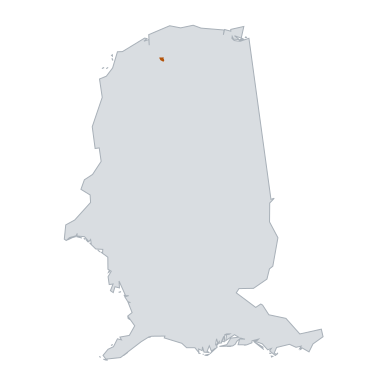 Storey, Nevada, United States of America (highlighted), rotated 89°
{"feature_id": "52423323B43012688186735", "entity_name": "Storey", "entity_type": "district", "adm_level": 2, "iso_a3": "USA", "parent_name": "United States of America", "parent_adm1": "Nevada", "projection": "orthographic", "projection_center": [-119.576, 39.439], "detail": "fine", "context": "in_parent", "style": "filled", "palette": "amber", "viewbox_px": 384, "rotation_deg": 89, "n_neighbors": 0, "source": "geoboundaries", "source_scale": "gbopen_adm2", "svg_char_len": 4055}
<svg xmlns="http://www.w3.org/2000/svg" viewBox="0 0 384 384"><g transform="rotate(89 192 192)"><path d="M320.0,100.3L335.8,86.7L331.4,65.1L339.0,63.5L346.0,73.7L353.9,77.8L349.6,85.0L350.5,87.1L348.0,85.5L349.1,90.7L346.0,97.2L348.9,110.1L354.4,112.6L355.9,110.6L354.3,109.0L355.4,109.5L356.9,111.6L352.2,117.1L349.8,115.4L351.1,119.1L345.0,124.4L342.2,132.0L341.5,129.2L340.2,127.9L341.8,134.6L343.8,134.7L345.8,140.0L345.5,148.6L339.8,146.9L340.1,141.6L338.9,145.9L342.1,149.8L344.9,151.4L346.6,154.0L346.9,167.3L345.3,159.9L338.8,155.8L338.0,147.9L335.4,152.0L341.2,160.9L336.3,160.0L335.2,161.1L335.0,157.4L334.5,156.5L334.4,159.6L335.2,161.7L342.3,162.3L341.9,164.7L338.0,162.7L336.8,162.7L341.7,165.0L343.4,165.0L343.7,167.9L341.2,167.0L345.4,169.2L345.0,170.1L343.0,168.9L339.2,170.0L344.9,171.1L347.5,169.5L354.1,176.9L348.7,171.4L351.4,175.4L346.1,177.4L351.6,179.7L352.8,177.4L352.3,182.8L347.0,184.2L350.8,184.6L349.1,188.1L352.7,187.9L347.7,191.9L347.6,200.1L343.1,204.8L337.4,222.3L335.6,221.6L335.5,234.7L336.1,237.6L340.7,245.3L356.3,266.4L357.6,281.0L353.8,283.8L347.8,278.7L345.3,273.2L337.5,269.1L338.6,265.1L335.8,266.6L334.3,257.2L324.8,251.6L314.9,258.4L311.5,254.0L300.8,258.0L301.6,255.4L300.3,258.2L295.7,261.0L294.5,257.1L294.5,260.2L279.7,266.5L286.6,266.2L285.4,270.7L291.2,272.5L289.2,275.3L282.6,272.5L283.1,276.4L275.2,277.4L269.8,274.1L267.8,277.4L255.7,277.3L250.3,284.4L251.6,282.5L247.8,282.2L247.3,289.2L241.1,295.3L242.5,293.6L237.7,294.2L239.8,296.0L234.8,300.2L234.0,307.9L231.4,307.4L233.8,308.8L235.4,315.2L238.3,318.6L236.9,320.5L222.7,318.8L218.0,309.8L200.7,293.6L193.2,293.9L187.4,303.0L177.9,299.4L172.7,291.1L159.8,282.3L146.3,284.0L146.8,288.1L125.0,290.6L95.8,280.1L77.4,282.5L74.7,275.6L66.6,269.2L50.5,264.1L50.4,259.1L37.3,236.7L37.8,234.4L40.4,237.4L38.8,232.5L44.5,232.2L33.9,232.5L25.4,211.4L27.7,200.5L25.3,187.9L28.3,180.1L30.6,157.1L35.4,157.9L30.1,156.6L31.9,150.4L30.1,150.4L27.4,137.3L39.0,140.1L36.5,146.8L40.4,142.1L39.9,147.8L37.1,149.1L39.1,149.4L41.3,147.1L42.2,141.3L39.3,132.4L200.7,113.2L199.7,109.9L204.4,114.5L223.3,115.0L239.2,106.9L267.6,112.5L270.2,115.9L280.4,118.6L289.4,132.2L289.4,146.7L293.6,149.5L308.5,130.3L305.2,125.2L306.3,123.4L316.1,117.3L320.0,100.3ZM348.3,125.4L350.8,122.9L342.5,133.0L348.6,123.3L348.3,125.4ZM40.0,137.9L41.4,141.5L41.3,142.1L39.2,139.3L40.0,137.9ZM237.9,317.6L235.1,312.3L234.6,308.9L235.5,312.3L237.9,317.6ZM350.5,84.9L351.4,86.5L350.8,86.4L350.5,84.9ZM270.3,275.8L271.0,277.0L269.5,276.3L270.3,275.8ZM56.8,269.7L58.6,268.9L58.7,269.2L56.8,269.7ZM54.8,269.2L54.0,270.1L53.4,269.3L54.8,269.2ZM354.9,115.5L354.7,117.1L354.4,117.0L354.9,115.5ZM235.1,305.7L234.6,308.5L236.1,302.8L235.1,305.7ZM351.5,259.3L354.5,263.5L351.1,259.0L351.5,259.3ZM66.3,274.1L67.2,275.6L66.2,274.2L66.3,274.1ZM358.5,281.3L357.6,283.6L358.7,279.2L358.5,281.3ZM355.8,179.7L355.4,182.3L354.4,177.2L355.8,179.7ZM38.5,134.9L38.5,135.9L37.8,135.4L38.5,134.9ZM240.0,297.0L237.7,298.9L240.0,296.6L240.0,297.0ZM357.7,114.1L358.4,115.3L357.4,115.6L357.7,114.1ZM66.3,278.2L67.0,279.9L66.1,278.4L66.3,278.2ZM237.3,300.1L236.4,301.0L237.1,299.7L237.3,300.1ZM347.1,156.4L347.0,159.6L346.8,155.3L347.1,156.4ZM249.7,285.8L248.3,287.3L250.3,284.9L249.7,285.8ZM336.3,235.9L336.7,238.1L336.1,236.7L336.3,235.9ZM353.3,187.9L353.0,188.6L353.7,186.3L353.3,187.9ZM318.6,256.3L317.2,258.1L316.4,258.2L318.6,256.3ZM294.9,260.9L294.6,261.4L293.6,261.8L294.9,260.9ZM343.4,274.3L344.1,275.6L343.0,274.1L343.4,274.3ZM290.9,265.7L291.0,267.1L290.3,264.8L290.9,265.7ZM355.5,286.8L354.6,287.4L355.8,286.3L355.5,286.8ZM346.0,141.0L346.1,142.6L345.9,140.4L346.0,141.0ZM354.7,183.2L354.3,184.0L354.2,184.1L354.7,183.2Z" fill="#d9dde1" stroke="#a8b0b8" stroke-width="1"/><path d="M60.6,218.0L60.2,218.3L59.7,218.3L59.3,218.4L59.3,218.6L59.0,218.6L58.8,218.6L58.4,218.8L58.2,219.1L57.9,219.1L57.7,219.0L57.7,219.6L58.0,219.6L58.0,220.0L57.8,220.0L57.9,220.4L57.9,220.6L57.8,221.2L57.7,221.2L57.7,221.4L58.0,221.3L58.7,220.9L59.2,220.6L60.6,218.0Z" fill="#f59e0b" stroke="#b45309" stroke-width="1.5"/></g></svg>